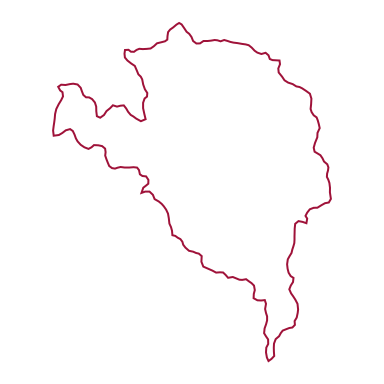 the district of Mato Verde, Minas Gerais, Brazil
{"feature_id": "56859067B8029388584979", "entity_name": "Mato Verde", "entity_type": "district", "adm_level": 2, "iso_a3": "BRA", "parent_name": "Brazil", "parent_adm1": "Minas Gerais", "projection": "natural_earth1", "projection_center": [-42.879, -15.456], "detail": "fine", "context": "isolated", "style": "outline", "palette": "rose", "viewbox_px": 384, "rotation_deg": 0, "n_neighbors": 0, "source": "geoboundaries", "source_scale": "gbopen_adm2", "svg_char_len": 3674}
<svg xmlns="http://www.w3.org/2000/svg" viewBox="0 0 384 384"><path d="M53.7,135.7L58.9,135.0L62.3,133.0L65.8,130.3L70.1,129.1L72.8,131.0L74.5,134.5L75.9,138.4L77.6,141.4L80.7,144.8L84.4,147.3L88.5,148.9L91.5,147.3L94.0,145.1L98.3,145.3L102.1,146.1L105.1,148.6L105.6,152.1L105.2,155.6L106.5,159.4L107.8,162.7L109.2,166.0L112.0,168.1L115.0,168.6L117.6,167.7L120.6,167.0L124.4,167.5L129.7,167.5L133.5,167.2L137.1,167.6L139.0,170.1L139.9,174.3L142.4,176.0L146.1,176.4L148.4,179.9L148.3,183.7L145.9,185.7L143.3,187.7L141.5,192.9L145.2,191.6L149.5,191.6L152.9,194.8L154.6,199.1L158.8,201.5L161.7,203.9L163.8,206.3L166.1,209.6L168.0,213.6L168.8,218.2L169.4,223.6L171.0,227.1L172.0,230.7L172.4,235.2L175.3,235.9L177.7,237.7L180.4,239.1L182.4,241.8L183.2,244.7L185.4,247.6L189.0,250.8L193.2,251.7L196.1,253.0L198.8,253.6L201.7,256.1L201.4,261.7L203.3,266.6L208.3,268.8L212.4,270.6L216.1,272.6L219.9,272.3L223.1,272.5L225.6,274.9L228.1,277.8L232.8,277.0L236.5,278.5L239.4,279.7L242.2,279.9L246.1,279.2L249.0,281.4L251.5,283.1L254.0,285.6L254.8,290.1L253.8,293.9L253.6,298.2L257.4,300.3L261.2,300.5L264.8,300.1L266.0,303.8L265.1,309.0L266.0,313.0L267.1,316.4L267.1,320.4L266.1,324.2L264.6,328.4L264.1,333.2L266.1,336.5L268.1,339.4L268.2,344.0L266.3,347.6L266.0,352.4L266.9,357.5L268.5,361.0L271.5,358.9L274.2,356.0L273.9,351.7L273.8,347.7L274.0,343.6L275.7,339.1L279.1,336.2L280.7,333.2L282.7,330.6L286.2,329.2L289.3,328.0L292.4,327.5L294.9,324.9L294.6,321.1L296.7,317.6L297.7,312.9L298.1,309.5L297.5,303.8L295.3,299.6L293.1,296.2L291.1,293.4L289.3,289.3L290.8,285.5L293.0,282.1L293.5,277.9L290.7,276.1L288.6,272.7L287.6,268.7L287.1,264.3L287.8,259.3L289.7,255.9L291.5,253.0L292.3,249.6L293.4,246.3L294.3,243.1L294.5,239.7L294.5,236.4L294.6,232.6L294.7,228.5L295.2,223.8L298.5,221.1L302.6,221.9L306.4,223.2L307.2,218.6L305.5,215.9L307.2,212.6L309.8,209.3L313.7,207.8L317.4,207.7L321.6,205.1L325.0,203.2L328.8,202.5L330.9,198.9L330.4,195.6L329.9,192.3L330.0,187.8L329.4,183.0L328.3,179.7L326.9,176.9L327.1,173.6L328.0,170.5L328.4,167.4L327.3,164.3L324.0,161.5L322.5,158.3L320.4,155.2L317.3,153.3L314.6,151.7L313.7,147.7L315.0,143.0L317.3,137.3L317.5,132.9L319.7,128.1L318.8,124.1L317.8,120.5L316.6,117.4L313.7,115.3L311.6,112.1L310.6,109.0L311.1,104.2L311.4,98.6L309.9,93.7L305.9,90.8L302.1,88.3L299.5,87.0L296.3,86.4L292.7,84.1L288.1,82.6L284.5,80.3L282.1,76.7L278.7,72.5L278.3,68.5L280.0,64.2L279.5,60.5L275.9,60.3L272.5,60.1L269.8,59.0L268.5,55.3L265.6,52.8L261.4,54.0L257.3,52.6L254.6,50.7L251.7,47.6L248.7,45.2L245.6,44.4L242.0,43.9L237.5,43.1L233.4,42.6L230.3,41.9L227.7,41.0L224.2,40.0L220.6,41.3L217.4,40.3L214.7,40.0L211.3,40.6L207.7,41.0L203.5,41.0L200.0,43.4L196.4,43.5L193.1,41.0L191.5,37.0L189.2,33.8L186.6,31.8L184.1,28.0L181.6,24.4L179.1,23.0L176.5,24.6L173.2,27.4L170.1,29.6L168.1,32.1L167.5,36.1L167.3,39.6L165.0,41.3L161.9,42.1L157.0,43.3L153.9,46.2L150.6,48.5L146.5,48.9L142.7,49.1L139.3,48.8L136.6,49.9L134.0,51.8L130.9,51.7L128.5,49.8L125.0,50.0L124.5,53.7L124.9,57.5L127.4,60.5L131.2,63.5L134.8,65.9L136.8,70.5L138.4,74.4L140.8,76.7L142.2,79.4L143.2,84.5L144.9,89.3L147.3,93.0L147.0,96.6L144.6,98.5L143.1,102.8L143.1,108.2L144.3,113.8L145.6,119.2L140.9,121.2L136.2,118.6L133.4,116.5L130.7,114.9L128.1,111.8L126.2,108.5L123.8,105.4L120.5,105.7L117.0,106.6L112.9,105.3L110.1,108.2L106.5,111.1L104.0,115.0L100.2,117.7L96.9,116.2L96.3,111.3L96.2,106.6L94.9,102.5L92.1,99.1L89.1,97.4L86.0,97.3L83.3,94.9L81.8,91.0L80.7,87.8L77.6,84.5L73.2,83.7L69.9,84.1L65.5,85.0L61.2,84.7L58.2,86.8L60.2,90.5L62.5,92.2L63.0,96.4L61.2,100.1L58.7,104.2L56.3,109.0L55.1,114.0L54.7,118.7L54.2,122.5L53.7,125.8L53.1,130.5L53.7,135.7Z" fill="none" stroke="#9f1239" stroke-width="2"/></svg>